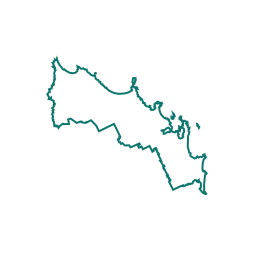 the district of Albany, Western Australia, Australia, rotated 244°
{"feature_id": "25037944B82098291834434", "entity_name": "Albany", "entity_type": "district", "adm_level": 2, "iso_a3": "AUS", "parent_name": "Australia", "parent_adm1": "Western Australia", "projection": "albers", "projection_center": [118.161, -34.738], "detail": "fine", "context": "isolated", "style": "outline", "palette": "teal", "viewbox_px": 256, "rotation_deg": 244, "n_neighbors": 0, "source": "geoboundaries", "source_scale": "gbopen_adm2", "svg_char_len": 5945}
<svg xmlns="http://www.w3.org/2000/svg" viewBox="0 0 256 256"><g transform="rotate(244 128 128)"><path d="M52.7,141.5L52.7,149.7L52.5,150.8L51.7,151.8L52.1,152.2L51.7,152.3L52.0,152.8L51.3,153.3L51.0,154.0L51.5,155.5L50.9,156.5L51.4,156.9L51.3,157.9L50.9,157.9L50.9,158.7L50.2,159.1L50.4,160.1L49.9,161.7L51.3,163.0L51.9,165.5L50.5,166.9L49.6,166.4L48.5,167.4L48.8,167.9L50.1,168.0L50.3,168.8L48.9,168.3L47.3,169.1L45.8,169.1L42.3,167.1L42.1,166.8L42.0,165.7L41.9,165.7L37.4,166.7L34.9,168.4L34.5,168.9L34.6,169.5L38.1,168.8L41.7,170.7L42.2,170.6L51.8,176.5L52.6,177.3L52.3,177.8L52.6,178.7L53.5,178.8L54.1,178.1L55.8,177.8L56.0,176.6L56.6,176.7L56.5,177.1L57.3,176.5L60.0,177.7L63.2,179.5L66.8,182.4L67.0,184.2L67.5,185.0L67.9,184.5L69.0,185.1L69.1,184.3L69.6,184.2L70.8,185.1L71.0,183.9L70.2,183.7L69.5,182.0L70.6,180.0L70.5,178.5L72.1,177.8L71.2,175.7L71.3,174.7L75.0,172.1L76.1,172.0L77.8,173.2L79.0,172.2L85.2,173.6L94.2,178.3L97.4,181.4L98.6,181.1L99.7,181.5L100.2,182.6L101.3,183.4L101.5,182.4L102.0,182.2L103.9,182.4L104.3,183.2L106.2,182.2L106.2,182.8L107.0,183.2L106.7,183.9L107.4,184.1L107.8,183.9L107.8,183.2L109.6,182.1L109.3,180.6L109.6,180.2L110.3,180.4L110.4,179.8L113.9,179.9L114.4,180.6L115.7,181.2L115.0,180.4L115.3,180.1L114.7,179.1L113.5,178.2L110.7,179.5L108.2,179.4L107.3,178.5L107.1,179.0L106.6,178.8L106.0,178.3L105.5,176.5L105.5,175.0L106.0,174.2L105.3,173.7L104.4,173.8L103.7,173.0L103.8,171.5L103.0,171.7L103.4,172.8L102.6,173.4L104.7,174.6L104.7,176.1L104.1,177.3L102.7,177.8L100.0,176.8L99.0,175.1L98.0,174.9L97.6,173.9L96.0,173.8L96.1,173.3L95.4,172.9L95.3,172.2L95.6,170.4L96.6,169.5L99.7,169.9L100.1,170.7L100.4,170.4L102.4,171.3L103.7,170.8L104.2,169.7L103.4,169.2L103.6,168.0L105.1,166.4L107.1,165.4L106.1,164.4L106.0,163.6L106.2,163.0L106.8,162.8L107.0,160.5L106.7,159.1L107.1,157.5L110.5,158.7L110.8,157.4L110.1,156.8L111.0,157.0L110.7,158.9L110.0,159.9L110.8,162.4L110.8,164.3L109.6,165.0L107.5,165.1L107.1,165.9L108.7,167.5L109.8,167.9L113.1,167.1L113.7,167.6L113.7,168.6L115.9,167.9L117.3,168.6L117.9,167.7L118.4,168.0L119.3,167.7L119.5,166.6L120.6,166.1L120.4,165.6L121.7,164.8L126.0,163.6L129.2,163.9L132.9,164.9L133.9,166.2L133.4,166.4L134.1,167.6L135.8,167.6L135.7,169.0L135.4,168.8L135.3,169.2L136.1,169.0L136.9,167.3L137.5,167.0L136.8,166.1L136.9,165.3L138.2,164.1L137.8,163.1L138.0,162.6L137.1,161.9L136.4,162.0L135.6,160.9L134.7,161.7L133.5,161.0L133.2,159.0L133.9,157.0L134.3,156.7L134.7,157.1L135.3,156.6L136.5,157.3L137.8,157.1L138.1,157.6L138.4,157.3L137.6,156.3L139.6,154.1L141.4,153.3L142.0,153.9L142.8,153.5L143.3,153.8L143.8,152.5L146.2,153.1L148.5,153.0L148.8,152.4L148.4,151.8L151.0,151.9L152.6,150.0L152.3,151.0L153.2,151.6L154.3,151.2L155.7,152.0L157.9,151.7L159.3,152.4L159.5,153.0L159.2,153.4L159.6,153.3L160.0,153.9L160.8,153.7L161.2,153.1L160.7,152.0L163.7,151.1L163.0,150.3L163.6,149.7L163.0,148.6L161.3,148.2L160.8,148.6L160.0,147.9L159.8,144.3L160.5,140.3L162.7,134.7L165.5,130.9L169.4,127.7L171.9,126.4L173.7,126.3L173.7,125.6L174.6,125.0L176.3,124.8L177.5,124.1L178.4,124.2L178.5,123.5L179.6,123.1L180.9,122.9L181.6,123.4L182.5,122.1L184.3,122.3L185.0,121.2L186.5,120.6L189.5,121.3L190.2,120.8L190.2,119.5L192.0,118.0L193.9,117.5L196.1,116.1L198.6,116.4L198.6,115.9L199.6,115.2L199.7,114.6L201.4,113.8L201.4,112.6L202.2,111.5L204.2,110.8L205.7,109.6L202.7,108.8L202.5,107.9L201.5,107.5L200.7,105.1L201.4,102.4L203.2,99.8L206.3,97.5L208.7,96.5L208.5,95.9L209.3,95.3L214.6,94.1L217.9,93.9L221.5,94.5L220.5,93.5L220.9,92.5L221.4,92.3L220.8,92.1L220.6,91.0L220.0,90.9L220.2,89.3L220.0,89.8L218.7,89.3L219.1,88.8L216.7,88.8L216.0,88.4L216.1,87.2L215.5,87.4L215.4,88.2L214.7,88.8L213.8,88.7L214.0,88.3L213.1,87.8L212.2,88.1L212.3,87.8L210.9,87.1L210.6,86.5L209.1,85.4L207.0,85.1L206.3,84.1L205.0,84.2L204.5,83.3L203.6,83.5L203.5,82.6L202.3,82.1L200.8,80.2L199.7,80.6L199.3,79.9L199.7,78.8L199.3,77.8L198.6,78.0L197.0,76.7L197.4,75.3L196.9,74.8L197.3,74.0L194.7,73.6L194.8,72.6L193.7,70.3L189.7,70.5L188.8,69.4L188.3,70.1L189.0,72.1L187.1,71.3L185.0,73.2L183.8,72.5L182.6,72.4L182.0,72.9L181.4,72.5L182.1,71.9L181.9,71.6L179.7,70.7L179.1,68.5L177.2,69.1L176.6,68.8L176.5,67.7L174.8,67.8L174.6,66.8L173.8,66.5L173.6,65.8L170.9,65.7L170.5,64.8L169.4,64.2L168.5,64.7L167.5,63.7L166.4,64.2L162.0,62.7L162.0,64.2L160.8,64.2L160.8,65.6L158.6,65.6L159.7,67.5L160.5,71.3L159.7,71.8L157.5,76.8L161.9,77.9L161.7,80.5L155.0,84.2L154.7,88.0L154.1,88.3L154.1,89.1L153.2,89.1L151.4,91.7L151.5,93.3L151.1,93.3L151.2,98.1L144.1,100.5L137.8,100.5L137.8,117.2L123.9,117.2L123.9,116.6L122.7,116.6L122.7,114.8L121.9,114.8L121.9,113.8L119.0,113.8L118.8,114.7L116.8,114.7L116.8,116.4L113.8,117.4L111.9,121.5L108.7,121.7L109.5,121.9L109.1,131.4L108.1,131.6L108.0,129.7L107.6,129.7L107.5,129.2L105.4,129.2L105.4,132.1L102.4,132.1L102.4,139.5L96.0,139.5L96.2,141.1L97.7,141.8L97.8,144.3L95.9,144.3L95.9,143.7L92.3,143.8L92.3,144.3L90.6,144.3L90.6,143.5L84.4,143.5L84.4,142.5L82.9,143.2L82.8,142.8L78.4,143.2L78.4,144.0L77.7,144.0L77.7,142.7L76.5,142.7L76.4,142.2L75.2,142.2L75.2,142.7L68.7,142.8L68.7,143.2L68.1,143.2L68.1,142.0L66.8,142.0L66.8,142.7L65.1,142.7L65.1,143.1L64.1,143.1L64.1,142.4L62.4,142.4L62.4,143.2L62.1,143.1L61.7,141.3L52.7,141.5ZM167.7,156.0L169.5,156.6L169.7,155.5L170.5,155.0L170.6,154.4L167.1,152.0L166.0,152.3L165.3,151.9L165.5,152.3L164.9,152.5L164.8,153.1L166.0,153.6L166.3,154.8L167.2,154.9L167.7,156.0ZM100.8,192.3L101.0,192.8L100.8,192.3L101.4,191.8L99.5,191.2L98.3,191.9L100.8,192.3ZM118.4,175.2L120.5,175.3L121.4,175.0L117.9,174.2L118.5,174.8L118.4,175.2ZM116.6,172.4L118.9,172.3L119.2,172.0L117.8,171.4L116.8,171.7L116.6,172.4ZM138.5,166.1L138.7,165.6L137.9,165.0L137.8,165.3L138.5,166.1ZM191.2,123.0L191.5,123.1L191.8,122.7L191.5,122.4L191.2,123.0ZM97.6,192.2L98.2,193.3L98.0,192.4L97.6,192.2ZM133.5,167.4L133.7,168.0L134.1,168.1L133.8,167.5L133.5,167.4ZM106.3,174.6L106.5,174.9L107.0,174.6L106.8,174.5L106.3,174.6Z" fill="none" stroke="#0f766e" stroke-width="2"/></g></svg>